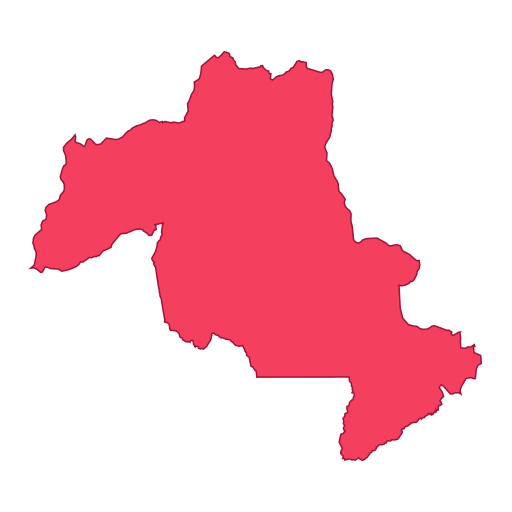 Limon Indanza, Morona Santiago, Ecuador
{"feature_id": "8360857B43814367991628", "entity_name": "Limon Indanza", "entity_type": "district", "adm_level": 2, "iso_a3": "ECU", "parent_name": "Ecuador", "parent_adm1": "Morona Santiago", "projection": "robinson", "projection_center": [-78.303, -3.052], "detail": "fine", "context": "isolated", "style": "filled", "palette": "rose", "viewbox_px": 512, "rotation_deg": 0, "n_neighbors": 0, "source": "geoboundaries", "source_scale": "gbopen_adm2", "svg_char_len": 5997}
<svg xmlns="http://www.w3.org/2000/svg" viewBox="0 0 512 512"><path d="M36.1,256.2L34.2,265.1L30.7,268.2L34.1,267.7L35.1,268.6L36.5,268.9L40.7,272.4L41.8,272.4L42.7,271.6L44.5,267.9L45.5,267.0L48.3,267.5L50.6,268.6L58.0,269.0L62.0,271.2L69.6,269.4L76.2,266.6L79.1,264.2L80.6,261.9L83.1,262.0L89.4,257.4L91.4,257.8L94.7,256.4L96.1,256.7L97.6,255.7L99.1,255.8L102.7,251.2L111.0,247.4L111.9,244.3L120.6,233.8L125.9,233.3L135.0,229.6L140.4,228.9L142.7,229.8L143.4,230.9L147.5,233.6L148.9,235.4L151.6,235.4L153.8,230.9L154.7,229.8L155.5,230.0L156.3,229.1L155.7,227.2L156.0,225.8L155.0,224.6L163.3,223.1L162.3,225.3L162.4,227.2L161.8,229.0L161.6,232.8L162.3,234.1L161.9,235.2L160.7,237.0L160.2,239.9L159.0,240.7L157.3,243.0L157.2,245.6L155.6,251.4L151.7,258.4L152.6,260.7L153.9,262.3L154.5,262.4L153.6,263.8L154.8,266.3L155.5,266.8L158.5,287.0L159.5,290.8L159.2,292.1L159.9,293.6L160.0,296.2L161.2,298.6L164.8,320.3L164.5,321.8L165.2,322.5L166.3,322.2L168.7,323.6L169.2,324.6L169.8,329.2L170.6,330.4L174.6,330.6L176.8,331.2L179.2,333.8L179.8,336.7L180.6,337.6L182.2,338.1L182.7,339.8L186.3,341.9L187.2,341.6L188.4,342.0L189.1,341.5L190.0,342.2L190.4,340.8L192.6,340.3L193.4,342.4L193.5,344.4L194.8,345.7L194.7,346.5L195.2,347.0L195.5,346.4L197.2,346.2L198.3,346.8L198.4,348.2L200.6,349.0L202.0,348.4L203.5,349.1L206.7,346.3L210.9,339.5L212.0,333.3L212.7,333.2L214.5,333.4L215.5,334.7L218.5,335.5L219.1,336.7L220.5,337.2L221.1,338.0L222.1,337.6L226.4,339.3L230.1,339.7L231.3,341.5L232.2,341.7L235.4,345.3L239.3,346.2L242.7,345.6L243.8,348.2L244.3,348.4L245.0,351.0L246.4,353.1L246.6,355.3L249.2,357.4L250.8,365.8L251.6,366.7L252.8,366.8L255.3,370.8L256.3,371.3L256.7,377.1L349.1,377.0L349.5,381.1L351.4,383.1L351.5,386.1L352.4,387.4L352.2,389.5L352.9,390.9L352.0,392.7L353.9,393.2L354.4,395.9L353.4,397.4L352.9,399.9L351.7,400.0L349.5,402.5L349.1,405.5L346.9,406.4L347.0,409.3L347.7,411.3L347.4,412.6L345.0,413.7L344.8,416.2L343.0,418.6L343.7,421.2L343.4,423.5L344.6,425.8L343.4,428.2L344.0,430.0L345.0,430.6L344.9,431.3L343.4,433.2L340.8,434.4L339.2,442.2L342.4,448.6L341.0,450.8L340.7,453.5L343.4,456.5L342.6,458.5L344.9,458.8L344.9,460.0L349.9,458.8L351.7,460.0L353.2,459.6L355.0,460.2L358.4,458.0L362.0,460.2L363.3,460.1L365.1,459.0L365.7,457.9L367.0,457.6L370.2,453.1L371.7,452.2L372.2,450.9L374.9,450.4L376.3,448.6L376.5,446.8L377.5,446.8L378.4,445.4L380.3,444.4L381.6,444.9L384.4,444.0L384.8,443.1L386.3,442.9L386.9,441.1L390.4,440.9L391.1,440.7L391.5,439.8L395.4,439.9L398.2,438.8L402.1,432.9L402.3,431.4L401.3,430.6L401.7,429.3L404.1,428.7L405.2,426.7L408.6,425.6L409.3,424.3L410.3,424.1L411.1,423.0L416.7,422.1L419.0,418.9L420.9,418.4L421.6,419.0L422.0,418.0L424.5,417.5L425.5,416.0L428.0,414.8L428.3,413.3L430.0,414.2L430.8,413.7L430.8,414.5L431.3,414.9L432.0,414.0L432.7,414.5L435.1,411.2L435.8,412.2L436.3,411.2L435.7,410.9L436.3,410.7L436.2,410.0L436.7,410.6L437.2,409.9L438.2,410.0L438.4,406.1L441.7,404.5L441.2,402.3L439.9,400.7L441.3,398.6L443.6,396.5L442.1,391.8L439.2,387.6L440.5,385.5L441.5,384.8L443.4,386.1L450.4,394.0L452.9,393.8L454.6,392.9L458.8,392.7L460.9,394.1L460.1,390.8L460.4,389.3L461.7,385.8L466.1,378.4L470.4,377.6L474.9,378.8L475.4,378.0L476.3,368.8L478.1,365.1L481.3,363.5L480.7,355.5L474.0,352.5L473.5,346.9L474.8,346.4L474.3,344.6L470.6,347.1L467.6,346.9L465.6,348.4L461.2,347.9L460.7,346.8L460.4,340.1L460.7,338.2L459.9,332.8L460.4,332.0L458.6,332.2L453.3,335.4L452.7,335.4L451.0,333.6L451.7,332.6L451.7,331.8L450.2,331.3L449.5,330.5L448.4,330.1L447.0,330.4L435.4,326.0L433.7,325.8L431.7,326.3L429.9,327.8L426.8,329.2L422.3,329.3L419.5,328.3L417.0,326.4L412.9,325.9L408.4,324.6L402.8,318.3L400.2,308.0L399.0,285.2L401.6,285.9L405.9,284.9L409.3,283.2L410.3,281.5L412.0,281.6L414.0,279.8L416.6,274.8L417.0,273.4L416.8,271.9L419.2,268.6L419.5,266.8L419.2,265.8L419.9,265.2L419.1,260.4L417.8,260.8L415.8,260.1L409.7,254.6L402.5,250.7L400.3,245.8L397.0,244.8L393.0,245.2L391.6,245.9L388.7,245.6L386.1,243.1L377.0,238.1L366.4,238.6L362.7,240.0L360.6,242.0L358.6,242.9L356.9,242.9L354.3,240.9L353.5,239.2L352.3,226.9L350.9,221.3L351.1,213.7L349.6,210.7L346.6,208.1L344.7,205.2L344.2,201.9L345.3,199.4L341.9,194.4L338.9,191.1L338.1,183.7L337.3,181.5L333.9,175.8L332.4,168.8L329.5,163.1L326.5,160.6L327.0,152.9L324.6,147.3L325.8,143.3L329.9,136.9L330.2,134.5L331.3,131.0L331.1,129.0L332.0,126.4L332.0,123.2L333.1,120.3L333.0,118.8L331.9,115.7L332.8,107.2L332.3,103.8L332.7,101.7L331.3,94.1L332.0,83.8L333.3,79.1L332.2,73.8L330.5,70.8L328.6,69.9L325.9,69.7L322.3,72.3L320.1,72.3L307.2,68.3L306.2,66.3L306.3,62.6L302.2,61.7L301.1,62.0L299.2,60.6L296.9,61.5L293.4,67.4L291.1,68.2L288.6,71.5L286.4,71.8L284.2,74.2L282.1,75.4L280.5,75.4L277.0,76.4L272.5,80.1L270.4,78.9L270.9,73.6L269.1,73.6L268.7,71.1L265.8,70.1L263.3,67.4L262.6,65.6L260.8,65.7L259.8,67.3L258.7,67.1L252.3,68.6L250.7,68.0L246.2,69.1L238.9,68.6L235.7,64.8L235.1,61.7L233.8,60.4L232.7,57.8L229.9,56.5L229.5,53.9L227.9,52.6L224.1,51.8L221.5,55.0L218.3,57.7L216.5,57.5L214.5,55.3L201.5,66.1L200.9,73.0L199.3,78.9L194.2,82.1L194.6,85.6L194.1,90.3L191.4,94.5L189.4,100.4L187.5,103.7L188.2,110.9L184.6,117.7L184.6,121.3L182.9,121.4L179.2,123.1L173.0,122.0L172.0,122.9L164.8,121.5L162.9,122.8L162.4,121.5L159.3,122.4L155.9,120.3L153.1,119.8L149.9,120.1L144.3,123.3L143.1,123.4L141.4,124.5L136.3,126.0L132.9,127.7L130.0,130.3L127.4,131.6L122.6,136.9L118.3,139.2L115.2,139.5L106.4,138.1L101.0,143.9L97.4,144.6L95.7,144.4L90.9,139.4L89.4,138.7L88.1,139.1L86.8,140.4L85.0,145.8L84.2,146.6L80.0,143.6L75.7,142.4L75.0,140.9L75.7,137.3L75.1,134.9L71.4,139.3L66.8,143.1L63.5,147.4L63.5,150.4L65.7,155.7L66.3,162.6L65.6,164.8L63.7,166.0L62.3,169.3L60.3,176.7L60.9,179.2L63.6,182.6L64.2,184.4L64.4,188.1L63.9,191.0L60.4,195.3L59.2,199.4L58.4,200.4L56.1,201.8L48.9,204.4L45.9,207.5L45.2,210.3L46.6,214.7L46.2,218.8L45.2,219.9L43.1,220.7L42.3,221.9L41.1,225.0L41.6,228.9L41.3,229.7L35.2,235.0L33.5,238.0L32.9,243.5L33.6,244.6L34.6,249.1L35.9,251.4L36.2,253.5L36.1,256.2Z" fill="#f43f5e" stroke="#9f1239" stroke-width="1.5"/></svg>